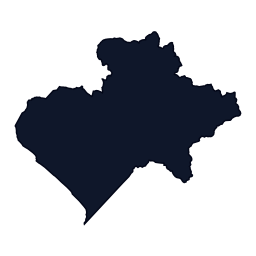 Chiclayo, Lambayeque, Peru (Mercator projection)
{"feature_id": "86281439B7276941823371", "entity_name": "Chiclayo", "entity_type": "district", "adm_level": 2, "iso_a3": "PER", "parent_name": "Peru", "parent_adm1": "Lambayeque", "projection": "mercator", "projection_center": [-79.536, -6.829], "detail": "fine", "context": "isolated", "style": "filled", "palette": "ink", "viewbox_px": 256, "rotation_deg": 0, "n_neighbors": 0, "source": "geoboundaries", "source_scale": "gbopen_adm2", "svg_char_len": 5690}
<svg xmlns="http://www.w3.org/2000/svg" viewBox="0 0 256 256"><path d="M184.2,182.5L186.0,181.9L186.2,180.6L188.8,179.6L189.0,179.4L188.9,178.6L189.5,177.2L189.9,176.9L191.6,176.5L192.1,176.2L192.4,175.4L192.4,175.1L191.4,174.2L190.9,173.4L190.8,173.1L191.1,172.6L191.2,171.8L190.1,169.1L190.0,167.7L189.5,166.5L190.6,164.8L190.7,164.4L190.2,163.2L190.2,162.2L190.5,161.5L191.7,160.1L191.7,158.8L191.4,157.7L190.8,156.7L188.7,154.5L188.5,153.2L188.8,152.3L188.5,150.6L188.5,147.9L190.2,146.4L191.0,146.0L191.5,144.8L192.7,143.0L198.9,141.1L199.4,140.4L199.1,139.3L199.5,138.3L201.7,136.2L203.3,136.5L204.6,137.0L205.5,136.3L206.3,136.1L207.8,136.6L209.4,136.5L209.9,136.3L210.8,136.6L212.1,136.0L212.9,135.3L213.6,134.4L214.0,132.3L213.9,131.0L214.6,129.8L214.7,129.3L216.6,127.3L217.0,125.8L217.4,125.7L218.4,125.8L220.6,124.3L222.1,124.1L223.7,121.6L225.4,120.5L230.3,120.2L231.1,119.5L231.7,118.4L234.2,116.8L236.4,116.0L238.3,116.0L239.0,115.7L239.9,115.2L240.3,114.0L240.6,113.7L240.4,112.3L240.0,111.4L239.0,110.3L238.7,109.4L238.4,108.8L238.5,106.8L237.5,104.9L235.9,103.7L235.7,103.1L235.8,102.4L236.3,101.3L236.6,99.7L235.9,98.4L234.6,97.6L234.9,96.4L235.0,92.7L234.7,92.3L234.0,92.4L232.9,93.1L231.0,93.6L229.6,93.6L226.9,92.8L226.6,93.9L225.5,95.2L223.3,96.2L222.5,96.3L222.1,96.9L221.8,96.2L221.4,96.1L221.5,95.7L221.3,95.0L220.4,93.5L220.2,91.4L219.9,91.0L218.4,90.0L215.5,91.1L215.2,91.1L213.9,90.3L213.0,89.0L212.5,87.9L212.4,87.1L211.6,86.0L211.0,84.4L209.1,84.8L207.5,84.6L205.4,85.4L205.0,86.0L204.7,86.1L203.1,86.0L202.6,86.3L201.2,86.4L199.2,86.8L196.8,86.1L195.5,86.2L192.7,85.7L192.3,85.2L191.8,83.4L192.1,82.6L192.0,82.0L191.6,81.6L191.2,79.9L190.4,78.9L187.4,77.9L185.5,77.6L185.0,76.3L184.4,75.9L182.6,76.6L181.9,76.6L180.8,77.4L179.2,77.5L177.6,75.7L176.6,74.9L174.6,74.5L174.4,74.3L175.1,72.6L176.1,72.3L177.0,72.1L177.7,71.2L178.1,69.8L177.8,68.8L178.5,68.3L178.7,67.5L179.4,66.3L181.5,65.6L181.7,65.4L180.4,62.7L179.7,61.8L179.6,61.1L178.7,60.0L179.2,59.3L179.0,58.6L178.4,57.4L177.9,56.9L176.8,56.4L175.6,56.1L174.9,56.1L175.6,55.1L175.6,54.7L175.0,53.1L173.8,52.3L173.1,50.6L173.4,50.0L173.5,48.7L173.2,47.9L173.4,46.9L173.1,45.3L172.4,43.7L172.4,42.8L171.9,42.6L171.0,42.7L169.7,43.3L167.4,45.7L165.7,45.8L164.6,46.2L163.8,46.9L163.3,48.2L162.9,48.5L161.7,48.3L160.7,47.5L158.8,47.2L158.6,46.7L158.3,46.6L158.0,46.1L158.8,44.4L158.7,42.8L159.1,41.9L159.0,40.9L159.4,38.5L158.3,36.8L158.0,35.6L157.3,34.0L156.6,33.4L155.8,32.2L154.8,31.9L153.4,32.1L153.0,32.4L152.3,33.4L151.1,34.3L150.5,34.6L149.2,34.7L148.5,35.5L147.4,35.9L147.1,36.5L146.3,36.9L145.6,38.1L145.9,39.2L145.7,39.7L142.8,39.9L141.2,40.4L140.8,40.8L139.7,41.2L138.9,42.9L137.8,41.9L135.9,41.1L134.4,40.8L133.8,40.8L132.0,41.6L130.9,42.5L130.0,42.6L126.6,42.3L126.1,41.8L124.0,40.8L122.5,39.1L120.9,38.4L119.8,38.1L118.6,38.4L116.1,38.7L114.5,38.2L114.0,38.3L113.2,39.0L110.3,38.9L107.9,39.1L105.2,39.5L104.4,40.0L104.0,39.9L102.6,40.7L101.6,41.9L100.7,42.5L100.2,43.5L98.0,45.6L98.4,47.8L98.0,48.5L98.0,48.9L97.4,49.8L97.4,51.4L97.2,52.0L96.9,52.2L97.4,53.0L97.4,54.1L97.7,54.9L97.7,56.7L99.0,58.9L99.8,59.4L100.5,59.2L101.2,59.7L102.4,63.0L102.5,64.7L102.8,65.2L103.5,65.4L104.2,65.2L104.9,64.8L105.5,64.1L106.3,63.6L107.2,64.6L108.2,65.1L108.3,65.4L108.0,67.6L108.1,69.4L108.5,69.8L109.6,69.9L111.0,71.1L111.8,72.3L112.1,73.5L111.4,74.3L110.9,75.9L110.6,75.9L109.9,75.5L108.9,75.4L107.5,76.3L107.0,76.8L107.0,78.1L106.4,79.9L104.6,80.2L103.3,79.3L102.6,79.0L102.3,79.1L102.9,79.8L102.9,80.3L103.2,80.7L103.7,82.9L103.1,86.4L102.0,87.8L102.4,88.5L102.3,89.7L102.6,90.5L102.6,92.1L102.4,92.8L100.8,92.0L98.0,90.8L96.2,90.6L94.6,91.2L93.4,91.2L92.4,95.1L92.4,95.8L91.8,96.5L91.3,96.0L90.1,95.6L89.4,94.8L87.5,93.6L86.5,92.7L83.8,89.3L83.1,88.9L82.6,89.3L82.3,89.2L82.5,86.9L82.4,86.5L82.0,86.3L81.6,86.3L81.2,86.7L80.7,87.4L79.5,87.9L77.9,88.0L76.5,87.6L75.7,88.4L74.7,88.7L74.1,88.6L73.7,89.3L71.1,88.8L70.8,88.5L70.4,88.6L67.6,88.1L66.3,87.5L65.8,87.4L65.7,87.7L65.0,87.4L64.3,87.5L64.0,87.2L60.9,87.1L59.5,86.7L57.0,90.1L53.3,90.7L46.0,98.7L45.2,98.7L44.4,98.4L41.7,98.0L41.2,98.2L40.0,97.4L39.2,97.2L38.7,97.4L36.4,97.2L36.0,97.5L34.8,97.5L34.2,98.1L33.1,98.4L33.1,98.7L32.7,98.9L32.0,98.8L31.9,99.4L31.5,100.0L28.7,100.3L28.3,100.9L28.1,101.6L27.5,102.1L27.5,103.1L27.8,105.0L27.2,107.6L26.8,108.6L25.7,110.0L24.9,111.5L22.2,113.1L15.4,125.6L15.4,126.3L16.1,127.4L16.5,130.4L16.5,132.8L17.4,135.7L17.2,136.6L17.4,137.4L18.0,138.5L18.3,140.1L20.6,142.4L22.3,144.4L23.0,145.7L25.4,147.3L27.7,148.6L28.8,149.4L32.8,152.5L34.4,154.0L35.6,155.3L36.3,156.7L36.4,157.8L36.2,158.7L36.6,159.2L36.8,159.8L36.8,160.1L36.3,160.6L36.3,160.9L38.9,163.0L40.2,163.7L44.9,167.2L53.7,175.1L55.3,176.2L57.9,178.6L61.5,182.1L67.1,187.1L70.9,191.0L72.1,192.7L72.3,193.3L72.2,193.7L72.5,194.1L79.2,200.7L84.0,206.3L85.6,208.4L86.5,209.9L86.4,210.5L86.7,211.5L86.7,213.4L86.2,214.5L86.7,216.0L86.8,217.2L85.9,219.2L85.9,220.6L85.3,221.8L84.4,222.8L84.5,223.3L84.3,223.7L84.4,224.1L122.6,183.0L128.8,176.6L131.2,173.0L131.9,172.5L132.6,171.7L132.8,171.1L132.6,169.2L133.2,168.7L133.8,168.5L134.5,167.0L136.1,166.1L136.6,166.3L137.7,167.3L137.9,167.4L139.2,166.5L140.1,166.1L142.4,167.1L143.6,166.3L145.2,165.9L145.5,165.8L146.1,164.6L148.3,162.2L149.0,160.3L150.0,160.4L150.4,160.8L151.1,160.6L151.7,160.8L152.3,160.7L153.7,160.9L155.6,162.3L160.7,163.0L163.9,163.2L164.1,163.4L164.0,165.2L165.2,165.3L165.9,165.2L166.2,165.5L166.5,166.0L166.5,167.0L167.2,168.6L169.4,169.9L170.4,171.0L170.9,171.2L171.8,171.0L172.3,171.1L172.6,172.8L173.1,173.4L173.7,174.8L174.3,175.2L175.2,176.5L176.9,177.5L179.9,178.1L181.5,179.3L182.2,180.7L183.1,181.8L184.2,182.5Z" fill="#0f172a" stroke="#020617" stroke-width="1.5"/></svg>